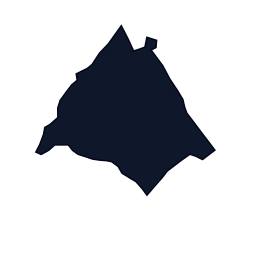 outline of Estância Velha, Rio Grande do Sul, Brazil, rotated 45°
{"feature_id": "56859067B57024538505568", "entity_name": "Estância Velha", "entity_type": "district", "adm_level": 2, "iso_a3": "BRA", "parent_name": "Brazil", "parent_adm1": "Rio Grande do Sul", "projection": "natural_earth1", "projection_center": [-51.188, -29.652], "detail": "fine", "context": "isolated", "style": "filled", "palette": "ink", "viewbox_px": 256, "rotation_deg": 45, "n_neighbors": 0, "source": "geoboundaries", "source_scale": "gbopen_adm2", "svg_char_len": 852}
<svg xmlns="http://www.w3.org/2000/svg" viewBox="0 0 256 256"><g transform="rotate(45 128 128)"><path d="M108.6,59.4L89.2,56.5L90.9,51.3L86.2,45.8L77.2,50.5L82.8,58.9L77.6,69.6L64.6,64.8L50.9,60.4L54.6,82.4L54.9,95.2L57.7,108.5L57.1,114.6L53.1,126.3L58.3,130.2L57.7,137.3L58.7,145.1L60.5,156.5L64.2,163.6L71.0,170.2L70.3,180.9L68.8,186.4L72.8,192.3L77.2,201.9L79.9,210.2L85.3,208.1L87.7,199.8L88.2,191.7L97.7,182.2L104.7,183.0L111.3,181.9L117.9,178.5L125.0,175.0L130.9,170.6L135.9,166.3L140.2,163.4L148.3,162.2L155.7,164.2L161.4,162.8L166.0,161.8L171.5,160.3L181.2,160.9L188.9,162.1L188.1,151.7L187.2,138.2L186.2,130.6L187.2,123.3L188.4,114.2L190.3,102.8L195.7,100.1L203.0,97.6L205.1,82.2L196.3,81.0L184.2,79.4L170.4,77.4L159.1,75.9L153.3,73.2L146.6,69.0L136.9,66.6L122.6,63.7L108.6,59.4Z" fill="#0f172a" stroke="#020617" stroke-width="1.5"/></g></svg>